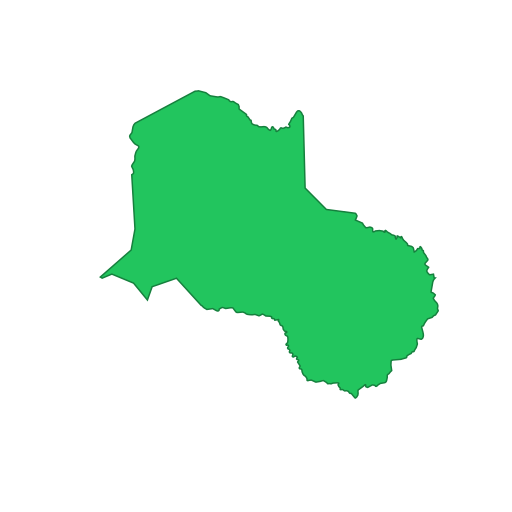 the district of Gualcince, Lempira, Honduras, rotated 233°
{"feature_id": "27666195B50739684547416", "entity_name": "Gualcince", "entity_type": "district", "adm_level": 2, "iso_a3": "HND", "parent_name": "Honduras", "parent_adm1": "Lempira", "projection": "orthographic", "projection_center": [-88.598, 14.136], "detail": "fine", "context": "isolated", "style": "filled", "palette": "green", "viewbox_px": 512, "rotation_deg": 233, "n_neighbors": 0, "source": "geoboundaries", "source_scale": "gbopen_adm2", "svg_char_len": 6080}
<svg xmlns="http://www.w3.org/2000/svg" viewBox="0 0 512 512"><g transform="rotate(233 256 256)"><path d="M339.4,378.0L340.8,378.0L342.9,378.5L344.5,378.4L345.5,378.2L346.1,377.8L346.5,377.2L346.8,376.5L346.5,374.9L344.2,369.4L344.4,367.5L342.7,364.5L341.7,361.8L341.3,361.3L340.4,361.6L339.5,361.3L338.9,360.9L338.6,360.3L338.9,359.4L339.3,358.6L339.8,358.2L340.6,357.8L341.0,357.4L341.2,355.8L341.7,354.4L342.2,353.9L343.1,353.3L343.4,352.9L343.4,352.3L343.0,351.3L342.8,350.1L342.8,348.3L343.1,347.3L343.6,347.1L344.3,347.6L345.0,347.8L345.6,347.6L346.6,346.9L348.2,347.3L348.9,347.2L349.4,346.8L349.4,346.4L349.2,345.8L348.3,344.6L347.9,343.7L347.7,343.1L348.0,342.7L349.9,342.1L352.0,342.0L353.2,341.5L354.5,340.3L356.1,337.7L357.3,336.3L357.9,335.9L359.0,335.8L359.6,335.6L361.3,333.8L362.6,333.0L363.7,332.5L364.4,332.4L365.4,332.7L367.3,333.7L367.6,333.6L368.1,333.1L371.9,333.3L373.3,332.7L373.9,332.9L374.6,333.5L375.1,333.5L383.4,331.0L383.9,331.2L385.5,332.4L387.6,333.0L390.4,331.7L392.7,331.0L393.4,330.5L394.0,329.2L394.8,328.5L395.9,328.1L397.2,328.2L401.6,325.6L404.5,323.7L405.0,323.1L405.4,322.1L406.2,320.9L411.2,316.1L412.0,315.6L416.6,314.2L422.5,309.5L423.3,308.0L424.3,306.5L434.8,239.4L434.3,237.4L433.2,235.5L429.2,231.2L428.3,228.0L427.7,227.2L426.1,226.5L420.3,226.5L418.2,226.8L414.8,228.3L414.2,228.3L413.7,228.1L412.9,227.2L411.7,223.5L410.7,221.9L408.7,219.4L406.3,217.7L404.8,216.1L403.4,212.1L402.6,210.8L402.1,210.6L398.8,209.9L397.2,209.1L396.1,208.3L395.7,207.7L395.6,206.7L395.7,205.7L350.4,175.6L335.9,159.9L332.9,119.0L330.9,119.8L328.3,130.0L308.0,141.9L286.2,142.8L294.0,154.6L286.1,179.1L249.5,182.5L248.6,183.0L247.0,183.1L245.8,183.4L242.9,184.6L240.0,189.8L236.2,191.5L235.2,192.2L234.8,192.9L234.8,193.6L235.1,194.1L235.7,194.6L235.7,195.4L235.3,198.0L234.3,198.9L232.3,200.2L230.0,204.5L228.8,206.0L228.2,206.3L223.4,206.3L222.5,206.7L221.8,207.5L219.2,211.7L217.5,212.8L215.5,213.4L214.5,214.1L213.1,215.5L211.4,217.5L209.9,220.1L206.4,222.4L206.0,224.3L205.9,225.8L205.7,226.3L203.8,227.2L202.2,227.7L199.5,230.9L198.3,231.8L197.8,231.8L197.3,231.3L196.7,231.2L196.2,231.4L195.6,232.2L195.1,232.6L194.5,232.7L193.7,232.4L193.4,232.4L191.7,235.8L191.3,235.7L191.2,235.0L190.8,234.7L188.9,234.7L186.5,233.9L185.7,234.1L184.5,234.8L183.8,234.9L182.8,234.6L181.2,233.7L179.3,233.6L178.5,233.8L177.5,234.8L176.8,234.9L176.4,234.3L176.9,233.1L176.8,232.7L176.5,232.3L175.9,232.0L175.3,231.9L174.7,232.0L173.2,232.7L172.5,232.7L171.7,232.4L169.7,231.0L168.1,229.5L167.7,228.7L167.6,227.3L167.1,226.6L166.4,226.6L165.7,227.8L165.3,228.0L164.9,228.0L164.2,227.5L163.9,226.3L163.4,225.8L162.5,225.7L161.5,226.3L160.7,226.4L160.1,226.1L159.5,225.1L159.0,224.8L158.1,224.9L157.1,226.2L156.1,226.5L155.6,226.4L155.0,226.1L154.2,224.7L153.7,224.6L153.3,224.7L152.7,225.3L152.7,226.5L152.5,227.1L151.6,227.8L150.7,228.1L150.1,227.9L149.8,226.9L149.3,226.4L148.7,226.5L147.9,227.2L147.3,227.4L146.9,227.2L146.6,226.9L146.5,225.8L146.2,225.4L141.8,225.1L141.3,224.7L140.9,223.5L140.3,223.0L139.5,223.1L138.6,224.0L138.0,224.2L137.3,224.0L135.7,223.1L133.5,222.5L131.9,222.5L130.1,223.1L129.0,223.1L127.3,222.9L126.1,222.0L125.7,222.0L125.2,222.4L124.7,223.7L123.6,225.5L121.3,226.8L119.7,227.6L119.2,228.0L117.2,231.8L116.5,233.8L115.9,234.9L113.4,235.9L112.1,236.3L111.1,236.3L110.7,236.5L110.1,237.6L108.7,239.1L108.2,240.9L105.9,244.5L105.1,245.3L104.7,245.5L104.3,245.3L104.0,244.3L103.4,243.9L101.7,243.6L99.9,243.8L99.5,243.6L99.0,243.0L98.5,243.0L98.1,243.3L97.8,244.0L97.4,244.6L96.7,245.0L95.1,245.5L94.7,245.9L94.1,247.1L92.7,248.1L91.9,248.3L90.7,248.2L90.0,248.3L89.5,248.6L89.0,249.3L88.7,249.4L83.7,249.6L83.0,249.7L82.7,250.0L82.8,251.6L83.6,253.6L84.9,254.9L86.9,256.2L87.5,257.0L87.4,262.8L87.6,265.5L87.4,265.9L86.9,266.0L86.2,265.3L85.5,265.1L84.0,265.9L83.8,266.3L83.0,271.4L81.5,272.8L80.9,273.1L80.0,273.1L79.6,273.5L79.4,274.2L79.6,276.1L79.4,278.6L77.3,282.7L77.2,283.7L77.5,284.7L78.3,285.8L80.1,287.8L81.6,288.9L82.0,289.5L82.1,290.0L82.0,291.3L82.6,293.6L82.8,295.4L87.7,298.1L90.1,300.1L91.0,301.0L91.1,301.4L90.6,302.7L86.3,309.5L84.3,314.7L84.4,315.3L85.1,316.0L85.4,316.7L85.3,318.6L84.8,321.2L85.3,322.6L85.4,323.2L85.3,323.7L84.7,324.3L84.7,324.8L85.6,326.5L86.4,328.8L88.5,331.8L88.9,332.1L90.4,332.8L92.0,333.8L92.7,334.4L93.0,335.0L93.0,335.3L92.8,335.6L90.4,337.5L90.0,338.0L90.0,339.4L90.8,340.8L91.6,341.7L92.9,342.6L94.8,343.5L98.7,345.1L99.6,345.6L100.0,346.1L100.0,346.6L99.6,347.3L99.6,347.8L100.7,349.8L101.4,351.6L102.5,355.2L101.0,359.7L101.4,361.9L100.9,363.9L102.5,368.4L103.0,368.8L104.2,369.0L104.9,369.4L106.7,371.2L108.2,371.9L109.7,372.1L112.9,371.8L115.3,372.0L115.7,372.4L116.6,375.1L117.1,375.8L119.5,375.3L120.5,374.9L121.4,374.1L122.0,374.2L129.0,381.7L130.2,383.8L130.6,385.9L131.1,385.3L131.5,385.2L134.7,386.8L136.3,383.7L136.6,383.3L138.7,383.0L140.8,383.1L141.4,383.4L142.3,384.9L142.7,385.8L142.9,386.9L143.1,387.1L146.7,385.9L147.6,385.9L148.0,386.1L148.4,386.6L148.6,387.4L149.2,390.4L149.5,391.0L150.1,391.3L150.8,391.5L152.1,391.4L154.0,391.9L158.0,391.9L159.4,392.8L159.8,392.8L160.7,392.3L162.4,393.0L164.2,393.0L164.6,392.8L164.6,392.4L163.9,391.8L163.7,391.1L163.9,390.6L164.4,389.9L164.6,389.5L163.9,387.6L163.8,385.9L164.0,384.8L167.3,386.3L168.1,386.5L169.2,386.3L170.2,385.9L173.1,383.5L173.5,383.6L174.1,384.1L174.5,384.2L176.2,384.1L179.7,383.4L181.7,383.5L183.2,383.9L183.9,383.9L184.1,383.5L183.5,383.0L183.5,382.5L186.7,381.2L187.0,380.9L187.0,380.6L186.3,380.3L185.9,379.8L185.2,378.2L185.3,378.0L186.8,378.3L187.8,379.1L188.4,379.1L189.6,378.5L191.2,377.2L193.3,376.6L196.0,375.4L197.8,375.1L198.5,374.8L198.6,374.2L198.4,374.0L197.6,373.7L197.5,373.4L197.6,373.0L198.2,372.6L199.1,372.5L199.5,372.3L202.1,369.8L204.1,366.5L204.3,365.0L204.6,364.3L204.9,364.0L205.3,364.0L206.0,364.4L207.6,365.6L208.2,365.7L209.0,365.5L209.8,365.0L210.6,364.3L211.6,362.0L212.5,360.7L216.0,360.5L218.2,360.8L224.9,357.0L225.1,357.2L225.9,358.8L227.2,360.8L229.4,361.2L230.4,361.0L250.8,340.2L280.7,336.1L339.4,378.0Z" fill="#22c55e" stroke="#15803d" stroke-width="1.5"/></g></svg>